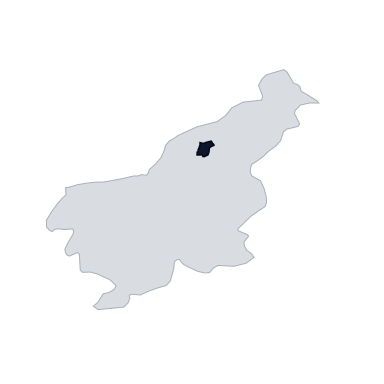 where Mislinja sits in Slovenia, rotated 341°
{"feature_id": "SVN-971", "entity_name": "Mislinja", "entity_type": "Municipality", "adm_level": 1, "iso_a3": "SVN", "parent_name": "Slovenia", "parent_adm1": "", "projection": "natural_earth1", "projection_center": [15.22, 46.45], "detail": "fine", "context": "in_parent", "style": "filled", "palette": "ink", "viewbox_px": 384, "rotation_deg": 341, "n_neighbors": 0, "source": "natural_earth", "source_scale": "10m", "svg_char_len": 2184}
<svg xmlns="http://www.w3.org/2000/svg" viewBox="0 0 384 384"><g transform="rotate(341 192 192)"><path d="M340.9,149.2L332.5,146.2L322.4,145.0L320.5,146.6L316.4,148.2L314.4,151.1L316.0,162.6L313.6,164.5L302.1,163.4L298.3,164.7L292.1,172.6L285.7,176.0L277.6,178.4L271.6,181.3L264.0,183.8L257.5,185.3L254.9,188.7L253.4,192.6L253.8,196.3L260.4,203.6L261.3,211.5L260.6,221.0L259.1,226.1L256.5,229.5L240.3,233.9L223.4,241.8L223.0,243.6L230.7,250.6L231.0,252.3L224.7,256.3L224.0,260.3L224.8,264.9L228.1,269.6L229.4,273.9L220.1,277.0L207.5,275.9L192.7,269.9L187.5,270.8L182.4,273.9L177.3,272.5L171.6,268.9L163.6,261.3L159.7,256.6L158.1,251.6L156.0,250.9L152.6,252.3L149.9,258.4L142.4,269.2L136.9,272.1L128.7,271.5L117.0,271.7L109.8,272.6L101.0,268.8L98.9,269.5L98.8,272.0L95.5,276.0L90.1,278.6L65.0,272.7L61.5,267.9L67.1,265.6L75.0,259.3L80.4,260.0L86.9,258.7L89.8,256.0L85.7,248.1L75.3,238.3L69.8,234.6L62.2,232.2L60.9,229.5L65.3,214.1L64.0,211.9L55.3,212.7L53.3,211.0L52.6,208.4L53.2,204.7L59.1,198.7L65.6,193.4L67.4,190.5L67.2,188.1L58.9,185.8L53.9,183.4L49.9,182.5L47.1,183.9L45.1,182.3L43.1,177.9L45.2,171.2L52.7,165.0L60.8,159.4L67.8,155.4L71.9,153.7L73.9,146.7L78.0,147.5L86.3,147.8L95.5,149.4L104.1,151.3L111.7,153.8L127.6,156.3L142.1,157.9L146.4,159.3L150.0,159.2L154.4,161.3L157.0,159.7L158.9,156.9L166.8,153.6L174.0,149.3L179.2,143.8L182.0,139.5L187.0,136.4L192.3,135.5L197.2,134.0L217.7,132.0L238.8,133.6L248.8,130.6L257.1,125.3L269.1,123.8L269.8,123.7L287.9,127.8L289.2,125.4L290.0,124.4L289.6,112.9L295.3,107.7L300.6,105.4L318.6,106.2L321.0,109.7L322.0,115.2L323.6,122.5L326.6,124.5L328.3,127.4L328.0,132.5L331.6,136.3L339.9,146.5L340.9,149.2Z" fill="#d9dde1" stroke="#a8b0b8" stroke-width="1"/><path d="M226.7,150.1L227.1,151.3L227.2,152.8L227.9,153.6L228.1,154.2L227.9,155.1L225.4,155.2L223.8,155.6L223.0,156.0L222.4,156.7L221.2,159.5L219.2,162.1L215.2,162.6L213.8,162.0L213.8,161.5L213.8,161.0L213.8,160.1L213.2,159.9L212.5,159.7L211.8,159.7L208.8,158.6L209.9,155.9L210.4,155.9L210.6,155.9L210.8,155.8L211.3,155.2L211.5,154.0L212.5,153.1L214.8,150.2L215.7,147.9L218.2,149.6L219.7,149.8L221.6,149.7L226.7,150.1Z" fill="#0f172a" stroke="#020617" stroke-width="1.5"/></g></svg>